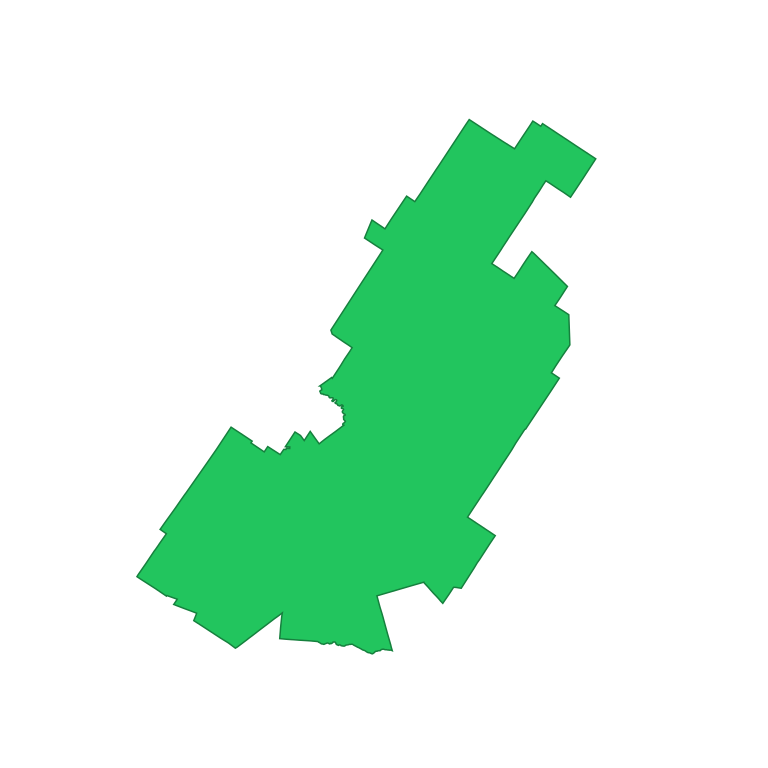 the district of General San Martín, Córdoba, Argentina, rotated 201°
{"feature_id": "61730980B38131446935101", "entity_name": "General San Martín", "entity_type": "district", "adm_level": 2, "iso_a3": "ARG", "parent_name": "Argentina", "parent_adm1": "Córdoba", "projection": "albers", "projection_center": [-63.24, -32.573], "detail": "fine", "context": "isolated", "style": "filled", "palette": "green", "viewbox_px": 768, "rotation_deg": 201, "n_neighbors": 0, "source": "geoboundaries", "source_scale": "gbopen_adm2", "svg_char_len": 6115}
<svg xmlns="http://www.w3.org/2000/svg" viewBox="0 0 768 768"><g transform="rotate(201 384 384)"><path d="M394.5,660.4L399.2,661.4L400.5,655.9L404.9,635.8L406.8,627.2L409.8,613.4L410.6,609.7L411.4,606.2L412.2,602.8L413.2,598.2L415.2,589.3L418.5,574.0L420.6,565.3L430.2,567.5L431.6,561.4L436.3,540.7L438.7,529.2L447.3,531.2L454.0,532.8L454.1,530.3L454.4,518.5L454.5,513.3L442.4,510.6L433.1,508.7L433.7,505.7L434.9,499.9L441.1,471.1L447.7,439.9L452.9,415.3L450.3,412.1L444.2,410.6L435.8,408.6L431.1,407.6L426.8,406.5L427.6,402.3L429.7,393.4L431.0,386.2L431.8,382.3L434.3,370.8L435.2,371.3L443.2,359.2L442.6,359.4L442.4,359.0L442.0,358.9L441.8,358.7L441.5,358.3L441.2,358.0L440.8,357.7L440.5,357.1L440.4,356.8L440.1,356.4L440.0,356.1L440.3,355.8L440.6,355.6L441.2,354.8L441.3,354.4L441.2,354.1L441.0,353.9L440.6,353.6L440.4,353.4L440.0,352.9L439.8,352.6L439.3,352.4L438.7,352.4L437.9,352.6L437.3,352.8L437.0,352.6L436.6,352.5L435.8,352.8L434.6,352.8L434.0,352.9L433.3,353.1L432.6,353.2L432.0,353.2L431.5,353.0L431.0,352.8L430.5,352.1L430.3,351.8L429.8,351.7L429.3,351.7L429.0,351.9L428.8,352.2L427.8,352.4L427.4,352.6L426.9,352.8L426.4,352.6L426.2,352.1L426.2,351.8L426.2,351.5L426.1,351.1L426.2,350.6L426.7,349.9L426.6,349.7L426.4,349.5L426.2,349.3L425.8,349.3L425.3,349.4L425.0,349.7L424.9,350.2L424.7,350.7L424.4,351.3L424.2,351.7L423.9,352.0L423.1,352.2L422.7,352.2L422.4,352.0L422.2,351.7L422.3,351.4L422.3,351.1L422.2,350.9L422.2,350.7L422.2,350.2L422.7,349.7L423.0,349.3L423.0,348.9L422.6,348.6L422.2,348.5L421.7,348.5L421.2,348.5L420.4,348.4L419.5,347.6L419.0,347.5L418.5,347.7L418.1,347.6L417.5,347.6L417.2,347.8L416.8,348.2L416.2,349.3L415.4,349.4L414.8,349.3L414.2,348.8L414.2,348.6L414.7,348.5L415.0,348.1L415.2,347.8L415.3,347.5L415.3,346.7L415.1,346.1L414.8,346.0L414.5,346.1L414.2,346.3L413.6,346.3L413.2,346.2L412.8,346.0L412.6,345.7L412.7,345.4L412.7,345.1L412.9,344.3L413.1,343.7L413.0,343.2L412.8,342.8L412.3,342.5L411.7,342.1L411.4,342.0L411.0,341.7L410.6,341.9L409.8,341.8L409.4,341.6L409.1,341.1L409.2,340.8L409.7,340.3L410.0,340.0L410.2,339.6L410.2,339.1L410.1,338.7L409.8,338.2L409.3,337.8L409.3,337.0L408.9,336.4L408.6,336.2L408.1,336.1L407.7,335.8L407.2,335.7L406.7,335.4L406.8,334.8L407.0,334.2L407.5,333.1L408.0,332.6L408.1,332.1L408.1,331.8L407.9,331.3L407.5,331.2L407.0,331.1L406.8,331.1L412.3,322.2L416.4,315.9L419.7,310.7L423.1,304.9L429.1,308.8L435.9,313.3L438.2,302.6L443.5,306.0L449.9,307.3L453.6,290.2L449.4,291.5L448.9,290.0L452.1,289.0L452.1,287.7L454.1,287.1L455.6,280.9L470.1,283.9L471.5,277.7L487.1,281.3L486.6,283.4L497.2,285.8L511.3,288.9L517.0,263.0L520.8,247.5L523.4,237.0L529.8,211.4L530.3,209.7L531.9,203.4L534.3,193.5L536.3,185.9L539.0,175.6L540.9,168.0L533.5,166.2L536.5,154.2L536.7,153.1L538.2,147.1L538.5,146.3L539.4,142.4L540.3,138.4L542.0,130.9L545.2,117.9L545.6,115.6L540.7,114.5L524.3,111.1L511.1,108.0L510.9,108.7L499.9,109.0L501.3,102.8L494.6,102.8L490.3,102.8L482.9,102.9L476.8,102.9L476.7,101.6L476.8,94.9L465.8,92.6L445.0,88.1L436.5,86.5L428.1,84.1L426.8,85.7L420.5,95.8L418.6,99.0L416.8,101.8L412.6,108.7L405.5,120.2L402.0,125.9L400.0,128.9L398.8,130.8L396.9,133.9L396.1,130.1L393.2,119.4L391.9,115.1L391.1,112.3L390.5,110.3L390.1,108.9L384.1,110.6L378.2,112.4L377.0,112.8L371.3,114.5L361.1,117.7L355.4,119.3L353.9,119.7L353.5,119.8L353.3,119.8L352.4,119.5L351.4,119.5L350.9,119.3L349.9,119.1L349.6,119.0L349.0,119.0L348.0,119.3L347.3,119.3L346.8,119.4L346.3,119.9L345.9,120.3L344.9,121.2L344.5,121.6L343.9,122.0L343.6,122.0L343.2,122.0L342.8,122.0L341.9,121.8L341.5,121.9L341.3,122.0L341.3,122.4L341.1,122.7L340.8,122.8L340.5,122.8L340.1,122.8L339.8,123.2L339.4,123.7L339.2,124.1L339.2,124.7L338.9,125.0L338.6,125.0L338.3,125.1L338.1,125.2L337.8,125.4L337.5,125.5L337.2,125.5L336.9,125.4L336.5,125.1L336.3,124.9L336.0,124.8L335.9,124.6L335.8,124.4L335.5,124.3L335.5,124.1L335.3,123.9L335.0,123.8L334.6,123.7L334.3,123.8L333.7,123.8L333.3,123.6L333.0,123.6L332.6,123.8L332.4,124.2L332.0,124.6L331.7,124.7L331.0,124.7L330.3,124.3L330.1,124.3L329.1,124.6L328.5,124.6L328.0,124.8L327.3,125.0L326.7,125.4L326.4,126.0L326.0,126.5L325.6,126.8L324.9,127.2L324.1,127.6L323.3,128.3L323.1,128.5L322.4,128.7L321.8,129.0L321.2,129.4L320.2,129.7L319.5,129.6L318.9,129.4L317.4,129.2L316.8,129.2L315.8,129.0L314.1,128.8L312.8,128.8L311.1,128.5L310.0,128.4L308.8,128.1L307.2,128.2L306.0,128.2L304.4,127.7L302.5,127.5L301.3,127.9L299.5,127.8L298.6,127.8L297.9,128.1L296.7,129.9L296.4,130.8L295.8,131.6L294.9,131.9L294.4,132.3L294.0,132.8L292.7,133.4L292.1,133.6L291.3,135.1L290.6,135.7L289.3,136.3L288.1,136.3L286.9,136.6L286.4,136.9L285.6,136.9L284.7,137.3L283.9,137.3L283.1,137.7L282.2,138.0L280.7,138.0L283.0,141.0L284.2,142.8L290.7,151.4L294.1,156.0L299.1,162.8L300.9,165.3L303.6,168.9L307.7,174.1L314.7,183.7L295.4,198.4L285.3,206.1L275.7,213.3L275.2,212.7L269.7,210.0L266.2,208.1L262.7,206.3L259.0,204.6L256.0,203.1L253.3,201.6L250.5,200.3L250.1,202.1L247.9,211.2L246.2,219.1L244.3,219.8L238.7,221.0L237.5,226.9L233.9,244.6L232.9,250.4L231.7,255.1L228.1,272.2L225.8,282.3L258.3,289.6L256.2,299.5L254.0,309.4L252.9,314.5L252.0,318.2L249.8,328.2L248.1,336.2L246.5,343.4L244.8,351.6L242.4,362.3L241.2,367.9L239.8,376.1L236.3,392.1L235.6,392.7L234.8,396.4L225.7,437.0L222.4,452.3L231.7,454.4L230.2,462.2L227.6,474.0L224.8,485.6L224.5,487.1L236.3,514.9L244.0,516.6L244.3,516.6L245.1,516.8L252.6,518.4L251.7,522.2L250.3,528.4L249.0,534.7L247.7,540.8L264.7,548.3L291.1,559.7L293.4,560.5L295.5,551.6L297.0,544.9L298.7,536.6L300.4,529.2L302.3,529.7L304.0,530.0L309.7,531.3L313.1,532.0L316.8,532.9L325.0,534.7L326.5,535.0L324.6,543.5L322.8,551.6L322.3,554.3L320.4,562.9L320.0,565.0L317.7,575.2L314.2,590.9L313.7,593.0L311.3,604.5L310.8,606.7L310.5,608.8L310.1,611.5L308.2,619.7L306.9,626.5L305.7,631.7L301.1,630.8L292.0,628.7L284.9,627.2L276.8,625.2L275.7,630.1L275.3,631.8L274.1,637.2L271.7,648.1L270.7,652.9L267.0,670.1L275.5,672.0L290.6,675.3L299.0,677.2L311.7,680.0L321.1,682.1L329.3,683.9L330.0,680.8L335.7,682.1L339.3,682.8L340.3,677.8L342.1,669.8L343.4,664.1L346.4,650.4L358.9,652.8L375.3,656.2L394.5,660.4Z" fill="#22c55e" stroke="#15803d" stroke-width="1.5"/></g></svg>